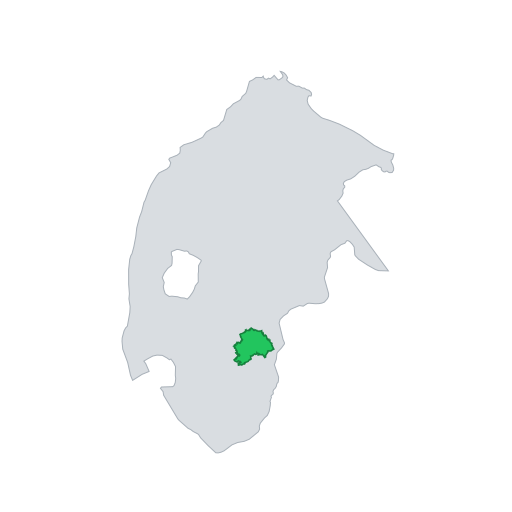 location of Bojanala, North West, South Africa, rotated 147°
{"feature_id": "47623444B85240549790840", "entity_name": "Bojanala", "entity_type": "district", "adm_level": 2, "iso_a3": "ZAF", "parent_name": "South Africa", "parent_adm1": "North West", "projection": "albers", "projection_center": [27.064, -25.431], "detail": "fine", "context": "in_parent", "style": "filled", "palette": "green", "viewbox_px": 512, "rotation_deg": 147, "n_neighbors": 0, "source": "geoboundaries", "source_scale": "gbopen_adm2", "svg_char_len": 7693}
<svg xmlns="http://www.w3.org/2000/svg" viewBox="0 0 512 512"><g transform="rotate(147 256 256)"><path d="M349.9,107.3L361.5,106.0L366.8,107.0L373.0,109.6L378.9,110.7L388.9,110.0L392.3,110.5L395.0,111.5L396.9,112.9L399.4,122.9L401.5,133.7L401.4,137.2L401.7,138.5L404.3,143.1L405.3,146.0L406.8,148.4L410.0,159.9L410.3,161.9L409.3,189.5L407.8,192.8L408.2,197.1L406.6,197.6L397.1,191.8L395.4,191.9L392.6,193.9L390.0,197.1L388.7,199.8L383.7,207.1L383.2,211.8L383.5,215.9L385.1,216.1L386.2,219.0L388.7,223.7L393.0,226.8L397.0,228.3L402.8,228.8L407.3,228.9L407.1,225.8L408.5,217.4L416.0,218.8L427.2,218.9L426.2,224.3L421.6,236.6L418.5,250.4L414.9,257.3L412.9,260.1L407.4,265.1L404.5,266.7L402.1,267.2L392.7,277.2L389.1,282.1L385.9,289.3L382.8,293.2L378.2,301.6L370.2,314.0L363.6,322.1L360.7,324.5L358.7,325.5L353.5,330.2L346.2,337.8L340.7,344.5L332.4,352.1L327.7,355.5L320.6,362.1L318.6,363.1L310.7,369.2L305.0,372.9L295.8,377.3L292.1,378.5L283.4,377.5L279.7,378.1L276.7,380.7L276.5,384.5L275.2,385.1L267.2,383.5L263.9,383.8L262.0,385.8L260.5,388.4L255.9,388.6L247.7,386.2L238.1,384.8L235.9,384.7L231.3,386.7L229.6,387.1L222.9,386.8L219.1,385.7L215.5,385.8L212.8,387.0L209.4,387.4L200.7,394.8L196.0,395.0L192.1,396.0L184.9,395.4L182.8,395.9L180.8,397.3L176.0,398.0L174.2,399.2L166.4,406.0L163.0,405.5L158.7,405.7L153.8,402.5L152.0,402.9L152.4,401.8L152.4,400.0L150.6,398.2L148.7,398.4L147.7,396.9L144.8,397.0L142.4,397.6L141.6,391.7L140.5,391.1L137.5,391.2L136.2,391.5L135.5,392.1L134.9,393.5L135.1,397.6L134.0,396.5L132.7,394.1L132.2,391.5L132.4,388.3L134.5,387.0L133.6,383.0L129.8,376.4L127.6,375.1L125.7,371.6L124.0,370.5L123.1,368.1L121.4,366.2L120.7,363.1L121.4,361.2L122.7,360.2L124.3,361.6L126.0,360.9L128.4,358.5L129.6,354.9L129.4,349.4L128.7,346.0L126.1,337.3L125.1,335.3L120.1,329.2L114.2,321.1L106.5,308.1L102.7,300.3L96.6,284.3L91.6,275.4L85.6,267.2L84.8,266.7L85.6,265.6L88.3,263.3L89.5,262.7L90.3,262.9L90.9,262.3L91.4,260.9L91.7,257.8L92.8,254.5L93.9,253.0L96.4,251.9L98.4,253.0L99.3,254.1L99.7,255.6L100.7,256.3L102.0,256.2L103.1,257.1L103.8,259.0L103.8,260.4L103.0,261.4L103.2,262.5L104.3,263.9L105.6,267.0L110.9,268.3L113.9,268.3L116.7,268.9L119.4,270.1L123.8,270.2L129.7,269.1L134.6,269.1L138.6,270.2L141.4,270.3L143.1,269.4L143.8,268.0L143.4,266.4L144.2,265.3L146.2,264.8L147.7,263.4L148.7,261.3L151.4,259.5L155.6,258.0L157.7,257.9L153.1,171.4L161.2,177.0L163.2,179.6L167.4,187.6L171.7,197.4L172.6,202.2L172.5,203.2L168.8,210.0L168.8,213.2L169.5,217.0L170.5,218.8L171.7,219.4L174.4,218.3L178.6,219.2L186.7,218.4L190.7,218.7L191.7,218.3L192.6,217.5L193.6,215.2L194.5,214.4L198.2,213.3L199.8,211.9L202.3,207.3L210.2,201.0L211.0,199.5L215.6,184.9L217.1,182.7L219.3,181.3L223.7,180.1L226.4,180.6L229.2,181.8L232.4,183.8L237.3,187.6L238.9,188.2L243.7,188.2L246.6,190.8L255.5,192.4L258.1,192.2L260.8,190.8L265.4,190.8L270.3,189.7L273.2,187.1L278.8,171.3L279.4,167.8L280.0,166.8L284.7,165.0L290.4,163.6L291.6,162.9L295.1,158.4L299.8,154.8L303.0,142.1L305.2,139.1L306.5,137.9L307.3,137.9L308.5,137.1L310.1,135.5L312.0,134.6L314.1,134.2L315.5,133.2L316.2,131.5L317.3,130.7L318.8,130.7L319.8,130.2L320.0,129.1L323.5,126.4L323.6,125.3L325.7,122.6L329.7,118.4L333.4,116.1L336.9,115.6L343.4,113.5L345.8,111.6L347.3,108.8L349.9,107.3ZM336.8,293.7L342.3,291.6L346.4,288.9L347.4,283.8L350.5,280.7L351.7,277.7L352.7,273.7L350.9,269.4L348.4,268.1L343.8,264.4L341.8,261.9L339.0,259.8L337.1,257.3L333.9,258.0L328.9,260.0L325.8,261.8L323.2,264.0L318.6,265.6L314.2,272.5L312.8,274.1L309.4,279.2L304.5,281.7L304.4,282.6L306.1,286.7L308.3,290.8L310.7,294.2L310.5,296.3L311.3,297.9L313.4,299.0L317.0,303.2L318.7,304.6L324.1,305.6L324.9,305.4L326.4,302.9L326.6,301.1L330.3,295.7L331.9,294.1L336.8,293.7Z" fill="#d9dde1" stroke="#a8b0b8" stroke-width="1"/><path d="M331.0,180.8L331.0,179.7L330.6,179.0L330.2,178.4L329.9,177.8L329.2,177.4L328.3,177.7L328.2,177.7L327.6,177.6L327.5,176.8L327.4,176.2L326.7,176.2L326.5,175.1L327.2,175.1L327.6,175.0L328.0,174.8L328.4,175.4L328.4,175.6L328.9,175.8L329.3,175.8L329.3,175.7L329.3,175.4L329.9,174.6L330.2,174.0L328.1,173.2L327.4,172.9L327.3,172.3L326.4,172.3L325.5,172.4L325.1,172.1L324.7,172.1L324.4,171.7L324.2,171.9L323.7,172.0L323.6,172.8L322.8,172.5L322.3,172.4L321.1,172.1L320.9,172.1L320.2,171.9L319.6,172.0L319.1,172.3L318.4,172.5L318.0,172.6L318.0,172.4L316.8,172.1L316.1,172.3L316.0,173.4L315.5,174.1L315.3,174.5L314.9,174.9L314.9,175.0L314.7,174.9L314.7,174.6L314.0,174.4L313.7,174.5L313.6,174.3L312.5,174.6L312.4,174.3L311.5,174.6L310.5,174.7L310.0,173.7L309.1,173.5L308.1,174.3L308.3,173.5L307.7,173.4L307.8,172.6L308.2,171.8L307.2,171.4L306.6,172.2L306.4,171.4L305.5,170.3L304.2,170.0L303.9,166.0L302.8,166.1L302.9,167.4L302.1,167.4L302.1,167.5L301.3,167.8L298.9,168.8L298.6,168.8L298.3,169.4L298.0,169.9L297.0,169.3L296.9,169.5L296.1,168.9L295.2,168.2L294.8,168.3L294.0,168.4L293.2,168.3L291.7,168.2L291.7,168.3L291.8,168.4L291.9,168.5L292.0,168.5L292.3,168.8L292.3,169.0L292.2,169.1L292.0,169.3L291.9,169.3L291.7,169.3L291.6,169.5L291.6,169.9L291.6,170.3L291.6,170.5L291.5,171.0L291.4,171.1L291.4,171.3L291.4,171.5L291.5,171.5L291.5,171.8L291.6,172.2L291.5,172.3L291.4,172.5L291.2,172.4L291.2,172.5L291.1,172.8L291.0,173.0L291.0,173.4L291.0,173.5L290.9,173.7L290.9,173.8L290.2,174.1L290.3,174.4L290.6,174.8L290.8,174.7L291.0,175.8L290.9,177.0L291.0,177.3L290.9,177.3L290.7,177.4L290.8,177.5L290.7,177.6L290.6,177.8L290.6,177.7L290.6,177.8L290.7,178.0L290.8,178.1L290.9,178.3L290.7,178.3L290.8,178.4L290.7,178.4L290.7,178.5L290.8,178.7L290.7,178.7L290.8,178.7L290.8,178.8L290.8,179.0L290.7,179.0L290.7,178.9L290.7,179.0L290.6,179.3L291.9,179.5L291.9,180.6L291.5,180.6L291.5,181.5L291.4,181.8L291.1,182.6L291.1,183.2L290.9,183.4L291.0,184.0L291.1,184.3L291.3,184.7L291.9,184.2L292.8,184.5L292.9,185.3L292.9,186.3L292.6,186.0L292.2,186.9L292.6,186.7L293.0,186.8L292.9,188.1L292.8,188.8L292.4,188.7L292.2,189.8L291.9,190.3L292.9,190.5L293.1,190.5L294.2,191.3L294.4,191.1L295.8,192.4L295.8,193.1L296.2,193.2L296.2,193.4L297.0,194.6L297.1,194.4L298.0,194.5L298.3,194.7L298.5,195.1L298.3,196.0L298.7,196.9L299.3,198.2L300.1,197.7L300.3,197.6L300.3,197.8L300.5,197.9L300.5,197.7L301.6,197.9L301.9,197.0L302.9,197.5L302.8,197.8L303.9,198.3L304.5,198.6L304.3,199.3L304.9,198.6L305.1,198.6L304.6,199.6L305.2,199.6L305.2,198.9L305.3,198.5L306.3,198.6L306.7,198.5L307.0,198.5L306.9,198.1L307.8,198.2L308.4,198.4L309.1,198.5L309.5,198.5L310.2,198.6L311.0,199.0L312.2,199.0L312.3,198.4L312.5,197.5L312.6,196.9L312.6,196.6L312.9,196.6L313.0,195.8L313.0,194.4L313.0,193.6L313.3,193.6L313.1,193.1L313.6,193.0L313.9,192.9L313.9,193.0L314.2,193.0L314.6,192.7L314.7,192.8L314.8,192.8L315.0,192.8L315.0,192.7L314.9,192.6L315.2,192.6L315.5,192.4L316.0,192.0L316.1,191.8L316.2,191.7L316.9,191.5L317.0,191.5L317.1,191.9L316.9,191.9L317.0,192.0L317.1,192.4L317.1,192.5L317.3,192.6L317.9,193.3L318.3,193.2L318.8,192.9L319.1,192.7L319.1,193.0L319.1,193.8L320.1,193.3L321.0,193.0L321.2,192.7L321.4,192.7L321.6,192.0L322.2,192.1L322.3,192.1L322.2,192.3L322.1,192.5L322.1,192.8L322.1,193.0L322.4,193.0L322.4,192.5L323.3,192.5L323.0,192.2L323.3,192.1L323.7,192.0L323.7,191.6L323.8,191.6L323.8,191.4L323.7,191.3L323.5,190.6L323.8,190.6L324.0,190.6L324.1,190.4L323.5,189.1L323.6,188.6L323.6,188.4L323.6,188.2L323.7,187.9L323.8,187.9L323.8,187.7L324.2,187.7L324.0,186.8L323.7,186.7L323.8,186.4L324.2,185.5L325.3,185.9L325.7,185.9L325.7,185.4L325.1,185.2L324.5,184.9L324.8,184.1L325.4,183.8L324.4,182.7L324.0,183.1L323.8,182.8L323.7,182.8L323.5,182.3L324.0,181.3L324.6,181.2L325.6,182.2L325.8,182.2L326.4,181.8L326.9,181.4L327.0,181.7L328.4,181.4L328.4,180.5L328.9,180.4L329.5,181.1L330.7,180.9L330.8,180.8L331.0,180.8Z" fill="#22c55e" stroke="#15803d" stroke-width="1.5"/></g></svg>